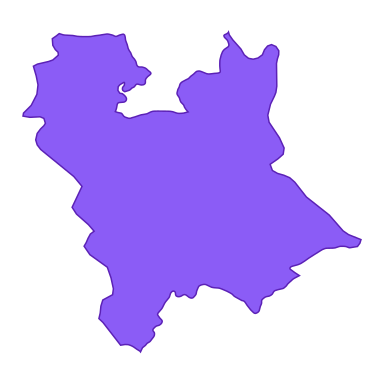 map outline of Srednje-Banatski (Robinson projection)
{"feature_id": "SRB-1061", "entity_name": "Srednje-Banatski", "entity_type": "District", "adm_level": 1, "iso_a3": "SRB", "parent_name": "Republic of Serbia", "parent_adm1": "", "projection": "robinson", "projection_center": [20.51, 45.43], "detail": "fine", "context": "isolated", "style": "filled", "palette": "violet", "viewbox_px": 384, "rotation_deg": 0, "n_neighbors": 0, "source": "natural_earth", "source_scale": "10m", "svg_char_len": 5656}
<svg xmlns="http://www.w3.org/2000/svg" viewBox="0 0 384 384"><path d="M228.5,32.1L229.3,34.9L232.8,39.9L240.9,49.0L244.3,54.9L248.5,58.3L253.2,59.2L258.0,58.0L262.4,54.8L264.5,49.7L267.6,46.0L271.5,44.6L275.9,46.5L278.8,50.8L278.7,54.8L277.4,58.9L276.5,63.4L276.8,86.2L275.9,92.4L274.4,96.2L270.5,104.2L267.8,115.2L269.1,122.3L279.5,137.9L284.1,148.0L283.2,154.2L278.0,158.8L270.1,164.3L272.4,170.5L277.5,173.4L283.8,175.2L289.7,177.7L294.8,182.2L306.4,197.0L329.3,215.1L343.0,230.8L348.5,234.6L361.0,239.6L360.9,239.9L359.9,243.2L357.9,245.9L357.5,246.5L350.2,247.7L349.1,247.7L346.2,246.6L344.8,246.4L343.4,246.3L340.6,246.3L339.3,246.5L335.3,247.8L334.0,248.0L332.7,248.1L327.3,248.2L326.0,248.3L324.8,248.6L322.5,249.5L320.8,250.5L313.3,255.2L308.5,258.3L304.6,261.1L301.3,263.2L300.4,263.7L297.9,264.7L292.1,266.3L291.0,266.8L290.3,267.4L290.0,267.9L289.9,268.5L290.1,269.0L290.6,269.5L294.8,272.6L299.4,275.6L294.1,278.4L292.8,279.3L288.6,283.1L287.5,284.2L286.5,285.7L285.9,286.3L284.2,287.8L283.0,288.5L277.9,289.7L275.0,290.6L274.4,291.0L273.7,291.7L272.3,294.1L271.7,294.6L271.1,295.1L269.8,295.8L269.1,296.1L266.6,296.6L265.9,296.8L265.2,297.1L264.3,297.7L262.6,299.1L262.1,299.6L261.8,300.2L261.6,300.9L261.6,303.0L261.4,303.9L260.3,306.5L259.3,310.4L259.0,311.1L258.5,311.7L257.9,312.3L256.7,313.0L256.1,313.2L255.4,313.4L254.7,313.3L253.9,312.9L253.3,312.4L250.7,309.9L247.1,305.3L245.4,302.7L244.7,301.8L243.9,301.1L242.9,300.7L242.0,300.6L235.3,296.9L234.2,296.2L232.1,294.1L230.0,292.8L226.9,291.2L222.0,289.1L219.5,288.2L218.2,288.0L214.1,287.7L212.8,287.5L211.5,287.2L206.6,284.9L205.6,284.5L204.5,284.4L203.8,284.4L201.7,284.8L200.4,285.3L199.1,286.0L198.5,286.8L198.1,287.6L196.7,291.0L196.1,294.0L195.7,294.8L194.5,296.3L193.7,297.1L192.9,297.8L191.9,298.1L190.7,298.0L189.2,297.4L186.2,295.1L185.2,294.7L184.4,294.6L183.7,294.7L182.5,295.3L181.2,296.1L180.4,296.4L179.7,296.6L178.6,296.7L177.6,296.6L176.9,296.3L176.3,296.0L175.9,295.4L175.6,294.8L175.4,292.8L175.2,292.2L174.8,291.7L174.1,291.2L173.4,291.1L172.8,291.2L172.0,291.6L171.4,292.2L170.8,292.9L170.4,293.8L169.5,296.7L168.9,297.8L165.6,301.8L164.5,303.5L163.2,306.1L162.4,307.7L161.7,308.8L158.7,312.3L157.9,313.3L157.6,314.3L157.6,314.7L158.0,315.5L159.8,318.0L161.6,319.9L162.1,320.7L162.2,321.6L161.9,322.6L161.5,323.3L160.6,324.3L159.7,324.9L159.0,325.3L156.5,326.0L155.9,326.4L155.1,327.0L153.5,328.6L152.9,329.7L152.9,330.5L153.3,331.2L154.3,332.5L154.5,333.4L154.5,334.2L154.4,335.1L154.1,336.0L153.6,336.9L150.3,341.2L149.5,341.9L147.1,343.3L145.4,345.4L142.5,347.7L140.5,351.9L140.0,351.2L136.8,349.2L133.7,347.0L132.5,346.3L130.8,345.5L129.2,344.9L127.9,344.6L125.0,344.5L120.6,345.2L103.0,322.5L98.9,318.6L100.2,313.1L100.9,306.1L102.8,300.0L112.6,294.7L113.4,288.8L111.0,277.8L107.3,267.2L89.9,254.7L84.1,246.2L86.2,242.6L88.1,238.2L90.4,234.0L94.1,231.2L88.5,224.7L76.5,214.1L72.1,207.3L82.0,186.4L73.8,176.5L40.7,149.5L37.2,144.9L35.7,139.9L37.2,133.4L40.6,128.9L43.9,125.7L45.4,123.3L43.9,118.4L40.1,116.8L29.8,117.3L23.0,116.1L23.5,113.1L31.2,105.4L36.9,94.3L38.0,84.9L36.2,75.9L33.4,66.2L37.4,64.1L41.3,63.2L48.6,61.5L52.8,60.0L58.3,55.2L58.1,52.3L55.3,49.6L52.8,45.3L52.3,38.7L56.6,35.7L57.3,35.1L59.2,33.6L62.1,34.5L63.5,34.9L65.1,35.1L72.8,35.5L77.1,36.3L79.8,36.5L82.6,36.6L88.3,36.6L91.0,36.5L95.3,35.7L99.6,35.2L102.3,34.7L107.1,34.0L108.2,34.1L108.9,34.2L111.8,34.9L112.8,35.2L114.7,36.1L115.7,36.4L116.1,36.4L117.2,36.1L119.4,35.1L121.5,34.5L122.8,34.2L123.5,34.2L124.0,34.5L124.6,35.1L124.9,35.9L125.2,37.1L125.5,39.7L125.8,40.9L127.2,44.6L128.2,48.5L129.3,50.7L130.6,52.6L132.0,56.1L132.5,56.9L134.5,59.2L135.6,61.0L136.0,61.9L136.7,64.8L137.2,65.7L137.9,66.5L138.9,66.9L139.3,67.0L141.8,67.0L142.8,67.2L144.4,67.7L145.2,68.0L146.5,68.9L148.3,70.6L150.1,72.0L150.7,72.7L150.9,73.5L150.7,74.0L150.1,74.7L147.7,76.6L146.2,78.3L145.7,79.2L145.4,80.1L145.4,82.3L145.3,83.1L144.8,83.9L144.0,84.5L143.2,84.8L142.4,84.9L141.3,85.0L140.3,84.8L138.5,84.3L137.6,84.1L136.7,84.2L135.9,84.7L134.4,86.7L133.7,87.2L132.0,88.0L130.2,89.7L129.2,90.3L126.4,91.2L124.8,91.7L124.2,91.4L122.8,90.4L122.4,89.1L122.5,87.8L123.1,86.7L124.2,85.5L124.5,83.7L124.5,82.8L124.1,82.4L123.6,82.5L119.8,84.8L118.2,86.7L117.9,90.4L119.8,93.2L122.4,93.7L124.4,95.3L125.7,96.8L126.4,98.2L126.5,99.1L126.3,100.1L126.0,100.6L125.6,101.2L124.7,101.8L124.0,102.1L123.1,102.2L119.7,102.5L118.9,102.6L118.2,102.9L117.6,103.6L117.2,104.5L116.5,108.3L115.8,110.4L115.3,111.6L117.4,112.4L120.9,113.1L121.6,113.4L122.0,113.8L123.6,116.0L124.1,116.5L125.1,117.1L128.3,118.2L129.0,118.3L129.8,118.3L130.6,118.2L132.3,117.6L134.6,117.0L139.0,115.5L141.2,114.8L144.9,114.2L146.9,113.8L147.8,113.4L150.6,112.0L152.4,111.4L153.6,111.2L157.7,111.1L167.3,111.2L170.1,111.3L171.4,111.5L172.7,111.7L176.8,113.1L177.9,113.3L179.1,113.4L181.6,113.3L183.6,113.1L188.1,111.9L186.0,109.5L185.2,108.3L184.5,107.2L183.8,105.3L183.4,104.7L180.9,102.1L180.2,100.6L179.3,97.7L177.5,95.0L177.1,94.1L177.0,93.2L177.1,92.5L177.7,90.1L178.0,89.2L179.1,87.2L180.0,84.2L180.7,83.1L182.1,81.9L186.2,79.7L188.1,78.8L188.9,78.2L190.6,76.4L193.5,74.2L195.8,72.0L196.7,71.4L197.4,71.2L198.1,71.1L199.2,71.0L200.2,71.2L201.7,71.7L205.2,73.1L206.7,73.7L207.8,73.9L208.9,74.0L211.2,73.8L214.2,73.4L217.1,73.2L218.4,73.0L219.1,72.8L219.7,72.5L220.2,71.9L220.3,71.1L220.0,68.6L219.8,66.0L219.8,63.2L219.9,60.6L220.1,59.3L221.2,55.0L222.5,51.8L223.3,50.6L224.4,49.4L228.1,46.8L228.6,46.1L228.9,45.2L228.8,44.3L228.7,43.7L227.8,41.1L226.9,39.7L225.2,38.1L224.3,37.0L224.0,36.2L223.9,35.6L224.1,35.2L224.7,34.7L226.5,33.9L227.3,33.4L228.0,32.8L228.4,32.3L228.5,32.1Z" fill="#8b5cf6" stroke="#5b21b6" stroke-width="1.5"/></svg>